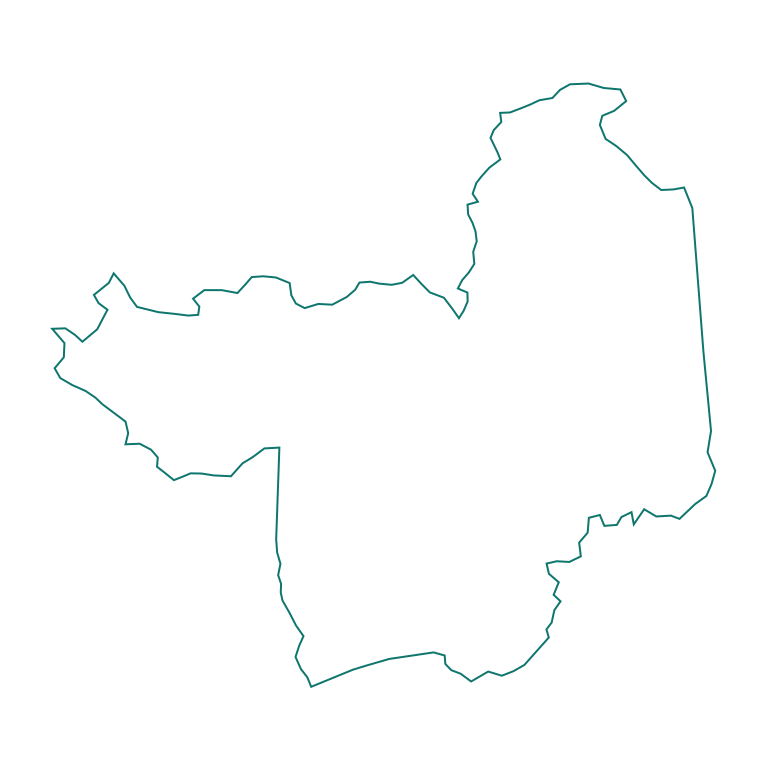 outline of Segredo, Rio Grande do Sul, Brazil, rotated 271°
{"feature_id": "56859067B17752705849385", "entity_name": "Segredo", "entity_type": "district", "adm_level": 2, "iso_a3": "BRA", "parent_name": "Brazil", "parent_adm1": "Rio Grande do Sul", "projection": "mercator", "projection_center": [-52.922, -29.293], "detail": "fine", "context": "isolated", "style": "outline", "palette": "teal", "viewbox_px": 768, "rotation_deg": 271, "n_neighbors": 0, "source": "geoboundaries", "source_scale": "gbopen_adm2", "svg_char_len": 2325}
<svg xmlns="http://www.w3.org/2000/svg" viewBox="0 0 768 768"><g transform="rotate(271 384 384)"><path d="M105.6,529.3L133.4,553.2L141.4,550.7L148.4,555.8L160.9,558.3L169.8,564.3L176.2,557.3L188.8,562.2L197.1,552.2L207.3,549.7L209.8,559.8L209.3,572.3L215.1,583.8L228.8,581.9L238.9,590.2L253.8,591.2L256.8,602.1L246.0,606.8L247.2,619.3L255.1,623.7L260.2,633.7L248.0,636.2L263.3,646.3L256.3,658.6L257.4,673.2L254.3,681.8L269.4,697.2L277.7,708.3L289.6,713.2L303.0,716.7L321.4,708.7L342.7,711.8L421.9,702.8L565.3,689.2L585.7,680.6L583.6,670.1L582.8,657.8L589.8,648.3L597.1,640.7L607.6,631.3L617.1,623.1L625.9,612.2L632.9,601.3L646.8,595.3L656.0,597.6L661.1,609.3L671.1,621.2L682.6,615.2L683.8,598.6L688.0,583.2L686.9,564.7L681.1,554.8L672.9,547.4L670.4,534.3L666.0,525.4L662.1,516.2L657.7,505.3L657.1,495.4L648.0,496.7L639.8,489.3L631.9,486.2L618.1,493.2L610.6,496.4L602.3,485.7L593.1,477.7L586.5,472.8L575.8,469.3L567.9,474.7L564.8,464.4L555.0,465.2L546.6,469.7L538.3,472.8L528.3,474.2L517.8,470.9L505.7,472.2L496.9,466.8L489.1,460.3L480.8,456.2L476.9,465.8L468.0,466.2L458.5,462.3L451.1,457.8L460.7,450.8L471.3,442.4L476.4,428.2L485.5,418.9L493.5,411.3L485.5,400.4L483.3,389.9L484.3,377.4L486.0,368.5L485.0,357.7L477.7,353.5L470.4,345.3L462.4,330.9L462.9,316.9L458.5,303.4L462.9,294.5L471.1,289.8L483.3,287.9L488.6,274.1L489.6,261.4L488.6,249.9L482.1,244.5L472.4,235.9L475.0,220.2L474.7,202.7L466.0,191.6L458.2,198.0L449.9,197.0L449.0,187.1L450.4,174.1L451.9,157.1L456.8,135.7L466.0,128.7L477.7,122.7L489.9,111.8L480.3,107.1L468.0,92.4L459.9,97.2L453.4,106.2L433.7,96.3L421.0,81.7L427.6,74.3L434.1,64.4L433.4,51.3L419.3,63.8L405.1,63.4L394.0,54.4L384.2,60.3L377.5,72.3L371.8,85.8L365.3,95.7L358.9,102.7L350.6,114.2L341.9,126.2L330.4,129.1L319.2,126.6L320.0,140.8L314.2,152.3L306.6,159.1L297.3,158.5L291.6,166.1L284.2,175.6L287.7,184.0L291.3,192.2L291.3,203.0L289.6,215.5L289.1,232.6L302.2,243.9L308.6,254.0L317.5,265.5L318.6,280.5L226.8,278.9L213.7,280.1L202.4,283.6L191.1,281.5L182.3,284.6L173.7,284.4L165.7,286.3L153.6,293.5L140.9,300.3L130.5,307.9L120.9,303.8L109.5,300.3L97.4,306.0L89.5,312.4L80.0,316.5L85.6,329.5L97.8,357.9L101.7,369.8L109.2,394.0L116.5,438.3L113.6,449.4L105.2,450.2L99.1,456.2L95.6,465.8L88.1,476.3L98.3,493.2L94.4,506.9L99.1,518.4L105.6,529.3Z" fill="none" stroke="#0f766e" stroke-width="2"/></g></svg>